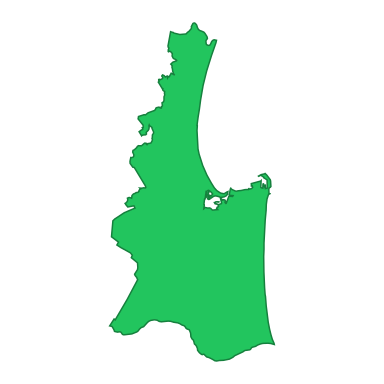 Napier City, Hawke's Bay, New Zealand
{"feature_id": "76426892B22916001519888", "entity_name": "Napier City", "entity_type": "district", "adm_level": 2, "iso_a3": "NZL", "parent_name": "New Zealand", "parent_adm1": "Hawke's Bay", "projection": "mercator", "projection_center": [176.876, -39.479], "detail": "fine", "context": "isolated", "style": "filled", "palette": "green", "viewbox_px": 384, "rotation_deg": 0, "n_neighbors": 0, "source": "geoboundaries", "source_scale": "gbopen_adm2", "svg_char_len": 6023}
<svg xmlns="http://www.w3.org/2000/svg" viewBox="0 0 384 384"><path d="M274.3,344.5L274.0,343.2L272.3,339.3L270.9,334.6L269.6,329.3L268.2,322.1L266.2,305.8L265.5,296.5L265.1,294.5L264.6,287.7L263.9,271.9L263.7,256.3L264.0,249.2L264.0,242.9L265.2,220.2L266.1,210.5L266.3,204.5L267.0,199.1L268.3,195.0L268.8,194.0L269.7,194.0L269.9,193.7L269.0,193.5L268.8,189.8L269.1,188.0L270.4,187.2L270.9,186.5L270.6,181.1L270.3,179.8L266.8,175.1L265.1,173.5L264.8,173.8L261.2,174.6L258.5,176.1L258.7,176.3L260.7,175.2L263.8,177.2L263.7,177.7L267.1,179.9L267.2,188.1L265.4,188.6L265.3,185.1L264.9,185.1L265.0,187.8L263.9,185.9L264.0,185.6L263.4,184.5L263.5,183.9L263.3,183.8L263.0,184.0L262.8,188.2L261.1,187.7L260.8,187.3L261.1,180.7L260.8,181.0L251.3,183.6L251.4,186.0L252.2,185.8L252.7,187.3L251.7,188.5L250.1,189.0L249.4,189.1L248.5,188.1L248.9,189.1L248.6,189.5L245.1,189.6L241.1,190.5L238.1,190.8L236.3,191.2L235.3,191.0L232.4,189.7L230.8,188.7L230.9,188.3L230.7,188.2L230.3,189.2L229.4,194.0L229.1,194.3L229.7,195.3L233.1,195.6L232.6,196.5L228.9,196.2L226.2,203.4L225.9,203.5L225.0,202.6L225.2,201.4L225.5,201.2L224.9,200.0L223.1,199.6L223.0,200.0L222.4,200.2L221.8,199.8L221.5,198.9L220.9,198.8L220.5,197.5L224.1,196.9L226.4,195.7L227.3,194.4L227.9,191.6L226.9,192.0L224.2,193.7L223.7,193.7L220.6,193.1L216.8,190.6L214.3,187.8L211.3,183.0L206.9,175.1L202.7,165.5L199.1,154.2L198.0,148.9L197.0,130.4L197.3,126.1L197.3,125.4L197.0,125.4L198.1,117.1L199.4,109.1L200.6,99.9L203.1,85.4L206.7,70.8L211.6,55.2L215.9,42.9L216.5,40.3L214.2,39.8L213.2,40.1L212.3,40.8L211.4,42.1L210.8,43.6L209.9,45.0L209.5,45.3L208.1,45.4L206.6,44.6L206.2,43.9L205.9,41.4L206.1,40.3L207.4,38.6L207.2,37.2L206.8,36.3L204.9,33.3L203.8,32.1L201.5,31.1L199.9,30.6L198.4,29.4L197.4,27.5L196.7,25.1L195.4,23.5L194.6,23.0L193.3,23.2L192.8,23.7L191.3,26.7L191.5,27.8L191.2,28.7L189.0,31.3L187.3,32.5L186.4,33.7L185.6,34.0L179.8,34.5L174.0,33.1L172.9,32.3L172.4,32.4L170.6,31.7L168.0,45.9L168.2,47.2L168.7,47.7L168.8,48.5L168.3,49.6L168.2,51.5L168.5,51.8L169.6,51.2L170.9,51.8L171.4,52.6L172.3,53.5L172.1,56.0L173.2,58.2L173.6,58.6L175.5,59.4L176.7,60.4L176.5,60.8L172.8,62.2L170.8,64.1L172.1,65.6L172.0,67.6L172.4,68.7L172.7,71.2L173.6,73.9L174.7,75.1L171.2,73.2L169.3,76.7L168.5,76.5L167.6,77.9L167.5,76.6L167.2,76.0L165.3,77.0L164.1,75.6L162.6,74.9L161.9,75.7L161.9,76.4L162.7,77.3L162.6,78.3L162.0,78.9L160.2,79.7L159.3,79.3L158.7,79.5L158.7,80.4L159.1,81.3L158.3,82.1L162.2,88.5L162.8,88.6L162.6,89.3L163.0,90.4L164.7,91.6L164.4,93.1L164.7,94.5L164.6,95.4L164.0,96.8L164.0,100.4L163.5,101.8L162.0,102.8L162.4,105.7L162.1,106.2L161.3,106.7L161.5,107.8L161.3,108.1L160.4,108.0L159.0,107.1L156.8,107.6L156.0,108.0L155.3,109.7L154.2,110.6L148.1,112.8L145.5,114.9L144.1,114.7L138.5,116.5L138.1,118.9L143.1,125.2L143.2,127.5L142.3,127.7L142.6,128.2L142.7,129.4L141.2,130.1L139.1,131.7L141.6,135.8L141.8,135.5L143.2,135.0L145.7,134.8L146.5,134.0L146.2,132.7L146.3,132.3L148.1,130.5L148.8,129.4L149.1,127.8L149.1,126.3L148.9,125.9L149.2,125.0L149.7,126.0L150.4,126.2L152.0,127.5L152.0,128.4L153.5,131.7L153.6,132.8L153.5,133.3L152.4,134.9L152.3,137.5L152.0,138.5L152.4,139.2L152.1,141.0L150.8,143.1L147.9,143.6L147.1,144.7L146.4,144.4L146.4,143.4L145.0,143.1L144.5,143.2L141.5,145.8L138.4,145.7L137.4,146.4L136.5,147.8L134.3,149.8L133.0,150.4L132.7,152.1L133.9,154.9L133.7,156.4L133.3,157.0L132.9,157.2L131.6,157.6L130.8,157.5L130.0,161.3L130.1,163.4L132.8,167.2L134.3,167.5L145.4,185.9L145.8,187.6L145.2,188.0L143.7,187.8L141.8,188.2L140.0,188.1L140.8,188.8L139.7,189.3L138.8,191.1L139.0,191.3L138.1,192.3L136.0,192.6L135.6,193.1L133.4,194.0L132.0,195.5L131.6,198.2L129.6,197.5L128.6,197.6L127.4,198.2L127.8,199.8L127.3,201.4L126.1,202.8L125.1,203.4L126.1,205.0L127.8,207.0L133.9,205.8L135.0,208.1L124.3,212.7L114.9,218.9L112.9,220.8L111.5,236.8L118.5,242.1L116.9,245.0L120.7,247.5L130.5,252.9L132.3,255.3L131.3,257.7L137.5,262.8L137.8,267.6L137.5,269.6L134.6,274.2L135.1,275.5L136.8,277.6L137.1,278.6L137.7,279.6L127.2,299.4L115.2,319.9L114.1,319.0L109.7,325.9L112.0,326.4L113.5,328.9L114.2,330.3L114.4,331.2L114.8,331.5L117.4,332.1L119.9,331.8L120.4,331.9L121.1,332.4L122.5,334.4L123.7,334.8L125.1,334.7L131.9,333.9L136.9,331.9L138.2,330.9L139.4,329.2L141.3,327.5L143.6,326.7L147.6,322.3L149.0,321.2L150.8,320.4L154.4,319.8L157.1,320.2L159.2,321.4L161.3,321.8L168.2,321.1L170.7,321.3L173.6,322.2L178.0,322.9L180.1,323.8L181.7,324.9L184.0,325.7L184.9,326.4L186.0,328.2L186.9,328.9L189.3,329.8L190.5,332.8L190.7,334.0L190.9,336.8L192.1,339.0L193.2,339.9L193.9,341.6L194.4,343.9L196.1,345.5L197.4,348.3L197.6,350.3L199.4,352.7L201.5,354.4L202.6,354.6L203.5,354.2L204.0,354.3L206.6,356.9L209.1,357.6L213.2,359.7L214.7,360.7L216.6,361.0L219.2,360.5L223.5,360.3L229.5,359.1L233.0,357.2L234.7,355.7L243.0,351.8L244.8,350.5L249.8,349.8L250.6,349.2L251.4,347.9L252.1,347.3L255.7,346.3L257.5,345.1L260.6,343.9L262.9,343.4L267.8,343.2L270.8,343.5L274.3,344.5ZM207.8,190.6L208.2,190.3L208.9,190.4L211.1,192.1L212.6,193.9L212.4,194.5L211.0,195.7L209.8,195.4L210.7,196.0L208.9,196.5L207.7,198.5L207.5,198.4L207.5,198.8L208.2,199.2L208.8,199.5L209.7,199.2L209.5,198.6L209.5,197.4L210.0,197.7L210.1,198.0L210.9,198.2L213.7,196.3L215.2,195.9L216.8,196.1L219.6,196.9L220.2,197.3L221.6,202.9L221.4,203.6L218.6,204.6L215.0,203.3L215.1,202.8L215.5,202.1L217.3,201.8L218.1,202.2L219.6,201.6L218.4,201.9L217.2,201.7L215.7,201.9L215.2,202.1L214.9,202.7L214.5,202.7L215.1,203.8L217.6,204.3L218.5,204.9L218.2,205.5L218.6,206.4L217.8,207.1L217.3,207.1L217.1,207.4L217.2,207.7L216.6,208.3L216.6,208.7L217.6,209.6L212.7,210.1L212.3,210.0L210.6,208.3L209.3,207.9L207.9,208.1L204.9,207.4L204.2,208.1L204.2,208.5L203.8,208.8L204.3,205.2L204.2,204.5L203.9,204.4L204.6,198.9L205.1,198.9L206.2,190.7L206.5,191.5L206.5,192.6L206.1,194.0L206.4,194.3L206.4,195.0L206.1,195.9L206.2,197.0L206.6,197.2L207.2,196.1L209.0,195.4L208.8,195.0L209.6,195.2L207.9,194.5L208.2,193.7L208.0,193.1L208.3,192.7L208.7,192.8L208.9,192.5L208.3,191.1L207.8,190.6Z" fill="#22c55e" stroke="#15803d" stroke-width="1.5"/></svg>